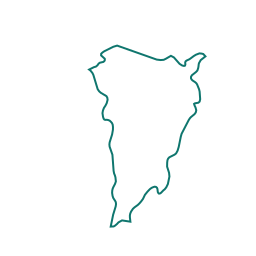 the border of Dâmbovita, rotated 203°
{"feature_id": "ROU-130", "entity_name": "Dâmbovita", "entity_type": "County", "adm_level": 1, "iso_a3": "ROU", "parent_name": "Romania", "parent_adm1": "", "projection": "albers", "projection_center": [25.479, 44.942], "detail": "fine", "context": "isolated", "style": "outline", "palette": "teal", "viewbox_px": 256, "rotation_deg": 203, "n_neighbors": 0, "source": "natural_earth", "source_scale": "10m", "svg_char_len": 2020}
<svg xmlns="http://www.w3.org/2000/svg" viewBox="0 0 256 256"><g transform="rotate(203 128 128)"><path d="M186.6,166.6L183.2,170.6L181.5,172.0L180.6,173.8L180.2,175.8L179.4,177.1L176.5,179.2L175.9,180.4L175.9,181.6L176.5,182.7L181.1,184.3L181.7,185.9L181.0,187.5L179.8,189.4L173.3,197.0L170.2,199.6L128.3,202.2L124.5,203.3L121.8,204.7L120.3,206.4L116.7,211.2L113.3,210.9L105.6,207.2L102.6,206.7L100.7,207.0L99.9,207.7L100.0,208.8L101.0,210.8L101.0,211.9L100.4,213.0L98.5,215.1L97.7,216.3L95.6,219.9L94.1,222.0L91.4,224.6L89.1,225.3L87.6,225.5L84.7,224.2L87.6,218.9L88.0,215.3L87.7,213.9L87.2,212.3L86.8,210.6L86.6,208.0L87.3,206.1L89.8,201.5L90.0,199.7L89.4,198.3L88.4,197.5L87.2,197.0L84.0,196.4L82.6,195.9L81.4,195.1L77.7,191.4L76.3,189.5L72.8,182.7L72.4,180.3L73.1,178.8L76.1,176.8L76.6,176.0L75.4,174.6L73.9,173.3L72.1,171.0L71.7,168.8L72.2,166.7L74.2,162.9L74.8,161.3L75.2,159.2L76.4,143.6L76.0,140.6L73.9,130.3L73.5,126.5L73.8,123.4L74.7,121.7L78.5,117.2L79.1,115.5L79.1,113.8L78.4,111.4L76.9,107.7L72.7,102.8L70.9,99.5L69.4,92.0L69.6,88.3L70.3,85.8L71.0,84.6L72.3,81.2L72.9,80.3L73.8,79.7L74.7,80.0L75.6,80.8L77.1,83.4L78.0,84.3L79.2,84.7L80.5,84.4L81.6,83.5L82.9,82.1L84.0,80.2L85.2,77.0L86.3,73.1L86.5,68.6L87.2,65.6L88.0,63.1L88.9,61.0L91.0,57.5L91.9,55.5L92.5,52.3L92.5,50.1L92.1,48.2L91.3,46.4L89.2,42.7L97.4,40.6L99.9,37.4L100.6,35.4L101.8,33.0L102.7,31.8L105.4,30.5L107.8,42.4L108.7,51.0L109.3,53.3L110.3,55.0L111.5,56.0L112.9,56.9L114.3,57.9L115.7,59.5L117.3,62.1L118.1,64.4L118.4,66.2L118.4,67.8L118.1,71.5L118.3,74.1L120.3,77.7L121.5,79.2L123.0,80.7L124.5,82.9L131.9,97.3L137.6,103.6L138.7,105.6L139.3,107.7L140.1,115.8L141.2,120.5L142.2,123.0L143.4,125.1L144.7,126.3L146.1,127.0L147.7,127.6L149.3,127.6L150.7,127.3L151.9,126.7L152.9,126.5L154.0,127.0L155.4,128.6L157.3,131.7L157.9,134.3L158.0,137.1L157.5,139.7L157.3,142.5L157.8,146.0L158.9,147.8L160.3,148.9L166.8,149.8L168.9,150.5L171.1,151.9L180.6,163.3L182.2,164.7L185.0,166.2L186.6,166.6Z" fill="none" stroke="#0f766e" stroke-width="2"/></g></svg>